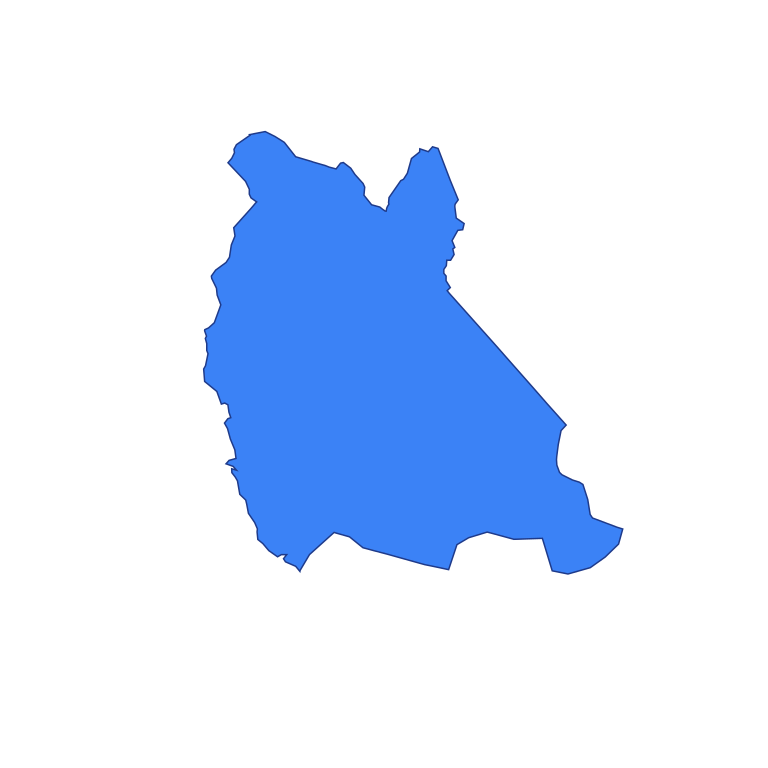 Salinas, Puerto Rico, rotated 318°
{"feature_id": "32010507B26348414705735", "entity_name": "Salinas", "entity_type": "district", "adm_level": 2, "iso_a3": "PRI", "parent_name": "Puerto Rico", "parent_adm1": "", "projection": "equal_earth", "projection_center": [-66.255, 18.004], "detail": "fine", "context": "isolated", "style": "filled", "palette": "blue", "viewbox_px": 768, "rotation_deg": 318, "n_neighbors": 0, "source": "geoboundaries", "source_scale": "gbopen_adm2", "svg_char_len": 2427}
<svg xmlns="http://www.w3.org/2000/svg" viewBox="0 0 768 768"><g transform="rotate(318 384 384)"><path d="M211.6,348.1L211.2,353.6L210.3,357.9L203.0,369.5L203.6,377.7L201.6,381.4L196.7,389.4L195.2,400.4L193.0,406.9L190.7,409.0L186.2,415.1L187.2,421.5L186.9,430.8L189.3,441.2L193.5,442.1L197.5,445.7L192.4,446.6L191.8,450.2L196.4,460.4L196.1,467.0L196.9,466.4L214.5,460.9L233.4,460.9L235.3,460.9L247.6,460.9L248.6,462.6L256.1,474.5L258.8,491.6L261.5,495.7L264.7,500.7L272.6,512.7L282.6,528.5L291.3,542.2L292.9,544.7L293.4,545.5L296.6,549.8L302.1,557.3L307.8,565.2L330.7,552.2L344.1,554.9L361.6,563.1L364.5,567.5L376.6,586.3L379.3,588.6L386.7,594.8L396.8,603.3L398.4,604.7L384.0,635.4L393.6,648.3L414.4,658.5L432.6,660.6L451.2,659.9L464.4,651.5L461.3,646.3L449.3,623.1L449.9,618.9L458.1,606.2L464.6,591.8L463.5,587.7L459.8,581.4L455.5,570.5L455.3,567.1L458.2,559.9L461.5,555.7L463.8,553.5L473.0,545.6L484.4,537.1L491.9,536.4L492.0,507.8L492.3,488.0L492.7,448.3L492.9,429.1L493.2,360.7L493.2,360.2L493.4,356.9L497.8,356.7L499.2,348.8L502.4,345.3L502.5,341.8L505.1,338.9L509.5,337.8L513.5,334.0L516.3,336.6L522.7,334.7L525.5,329.7L528.0,329.9L530.5,323.0L541.7,319.2L545.7,322.0L550.9,318.4L548.7,309.1L555.2,299.7L556.4,298.5L557.4,297.9L562.4,296.8L569.5,277.0L581.8,245.1L578.8,240.2L572.4,241.0L568.0,233.2L565.7,235.4L555.3,234.8L542.4,243.0L535.5,244.9L532.5,244.1L512.5,248.8L508.6,252.4L508.5,252.7L508.0,253.6L505.3,254.4L503.6,255.2L501.3,257.0L500.6,256.3L499.9,253.5L499.3,249.7L494.7,242.5L495.4,230.3L501.4,224.8L502.6,221.0L502.6,208.9L503.7,201.4L502.0,192.2L499.5,190.8L492.3,192.1L488.3,186.0L486.7,182.7L479.7,171.4L479.1,170.2L470.4,156.0L471.6,137.7L468.6,127.1L464.6,116.9L451.0,108.7L451.0,109.5L434.5,107.4L429.6,109.2L427.6,112.1L421.9,114.4L416.1,115.2L416.7,140.8L414.2,149.2L410.9,152.8L409.7,156.7L411.2,163.5L409.5,163.6L406.1,164.1L402.1,164.6L376.9,167.3L372.3,174.3L363.6,178.5L354.0,186.4L348.0,188.0L335.1,186.7L327.9,188.3L326.6,190.3L323.6,200.7L319.5,206.3L315.7,216.0L298.9,224.9L291.1,224.9L287.2,223.7L286.3,224.4L284.1,229.7L281.7,230.6L279.3,235.4L274.7,240.5L273.5,243.7L263.6,251.0L260.0,252.2L252.4,262.1L254.8,277.7L249.7,290.1L252.9,291.6L254.1,295.0L249.9,301.2L247.6,306.5L244.8,305.3L239.3,306.3L237.9,312.4L233.0,322.1L229.1,333.1L224.2,340.3L217.8,337.1L213.2,337.6L216.8,344.3L216.7,349.3L214.1,345.1L211.6,348.1Z" fill="#3b82f6" stroke="#1e3a8a" stroke-width="1.5"/></g></svg>